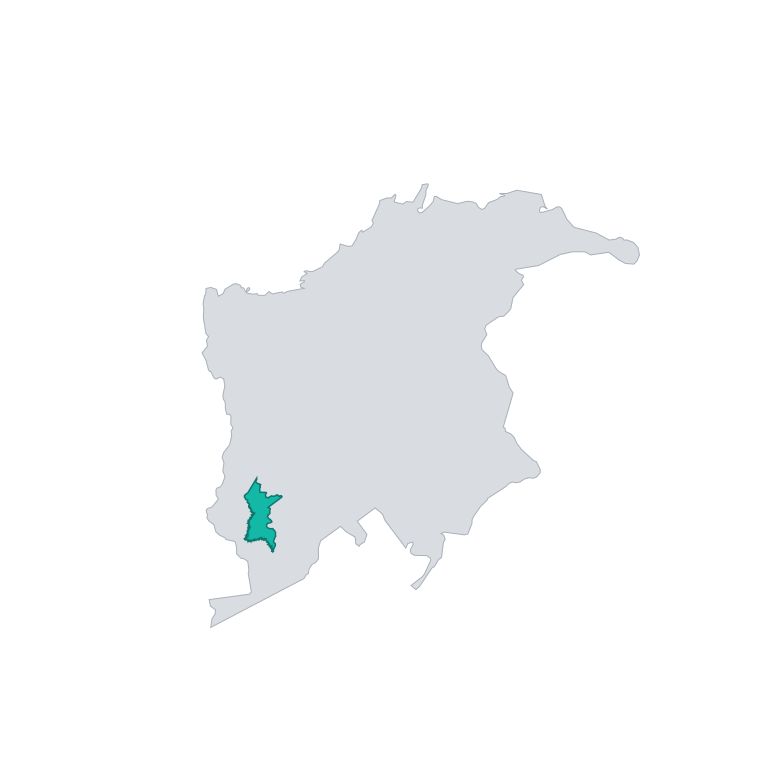 location of Santander (Araracuara), Amazonas, Colombia, rotated 53°
{"feature_id": "7082276B22108715685729", "entity_name": "Santander (Araracuara)", "entity_type": "district", "adm_level": 2, "iso_a3": "COL", "parent_name": "Colombia", "parent_adm1": "Amazonas", "projection": "robinson", "projection_center": [-71.884, -1.077], "detail": "fine", "context": "in_parent", "style": "filled", "palette": "teal", "viewbox_px": 768, "rotation_deg": 53, "n_neighbors": 0, "source": "geoboundaries", "source_scale": "gbopen_adm2", "svg_char_len": 9675}
<svg xmlns="http://www.w3.org/2000/svg" viewBox="0 0 768 768"><g transform="rotate(53 384 384)"><path d="M433.1,118.6L426.6,121.6L414.0,125.3L405.3,141.3L399.3,144.1L392.0,153.6L386.6,165.4L382.4,189.4L371.6,209.8L372.5,210.7L376.8,209.8L380.9,207.5L382.3,208.2L383.8,211.8L388.7,212.7L392.7,229.1L400.2,237.5L401.0,240.8L401.9,247.6L399.3,251.8L398.5,266.9L400.8,270.6L406.4,272.1L410.2,281.5L412.5,283.7L415.9,285.1L424.1,283.7L438.9,285.2L442.4,285.0L450.7,281.7L461.3,285.7L469.0,286.4L490.2,314.7L492.3,313.9L495.0,315.6L500.4,312.7L505.0,312.2L511.0,313.6L519.0,313.6L535.1,310.7L537.5,309.1L546.3,310.7L548.9,312.8L550.1,318.1L549.1,321.4L546.1,324.7L544.4,328.9L544.1,334.1L542.5,337.9L539.7,340.3L538.6,343.9L539.2,348.6L537.7,370.0L538.9,371.8L539.9,380.6L543.6,392.0L545.4,395.3L548.5,397.9L554.2,407.3L552.9,410.5L538.4,425.2L537.7,428.6L540.4,427.2L544.9,428.6L546.4,432.1L557.2,442.4L557.1,446.3L560.2,454.0L559.6,455.7L567.1,477.7L567.4,482.3L561.2,483.6L560.9,468.9L560.0,465.9L553.0,452.8L551.5,451.7L546.8,453.2L539.0,462.9L535.4,464.3L532.4,463.0L529.5,457.2L527.6,456.2L525.7,461.0L528.1,465.3L493.6,465.3L486.9,463.5L477.6,465.7L477.5,487.9L493.9,488.2L498.3,494.6L497.9,499.7L498.6,501.6L494.7,502.7L489.0,499.2L478.9,503.3L471.5,504.3L471.0,528.9L475.4,535.0L484.1,541.5L485.4,546.0L484.8,550.2L486.9,555.5L489.7,558.3L489.7,561.4L491.2,565.0L474.1,668.9L468.0,662.6L465.8,656.9L462.8,654.5L457.0,656.3L450.9,653.4L470.8,618.1L470.2,615.0L453.5,606.4L451.8,604.2L443.8,599.6L439.5,600.9L436.9,603.2L430.9,603.9L426.0,600.2L420.2,597.7L413.2,603.7L411.1,603.6L406.1,606.2L400.8,607.2L393.8,604.5L388.2,606.3L384.3,606.0L382.8,604.1L377.8,602.0L377.3,599.6L378.7,595.3L376.6,586.7L375.7,585.2L372.0,585.1L367.5,582.0L366.6,580.1L367.6,576.6L366.8,573.7L362.4,566.8L356.4,565.0L350.7,559.3L344.9,557.3L342.2,553.2L339.7,544.0L333.7,536.8L329.5,534.3L328.1,531.0L323.7,530.5L317.9,525.8L315.3,525.5L313.5,527.8L308.1,525.4L303.4,522.0L298.6,521.1L295.5,518.9L289.8,512.3L283.7,509.1L280.2,510.3L279.0,515.2L277.0,516.1L269.9,514.8L268.7,515.8L266.9,515.6L258.3,512.0L249.7,510.6L247.6,502.3L242.1,499.4L240.5,495.5L236.7,495.9L222.1,488.3L216.1,483.1L211.0,480.2L205.6,474.4L204.7,472.0L200.6,468.6L202.7,464.2L207.6,460.9L214.2,463.5L215.0,458.3L212.6,453.8L213.7,443.5L215.5,441.2L219.0,439.2L221.3,440.0L222.7,438.3L228.0,439.0L229.6,438.3L233.7,434.2L235.4,430.9L237.3,431.2L241.6,425.7L240.9,420.2L244.9,418.9L249.2,409.9L251.1,409.6L252.0,405.3L259.5,390.3L256.8,392.1L253.9,391.0L254.4,386.0L253.5,385.4L251.1,389.2L249.0,385.3L249.5,378.9L246.2,380.1L246.3,378.6L251.2,373.7L253.3,362.7L251.7,358.7L250.7,342.1L249.8,338.9L245.8,334.8L252.2,330.1L254.5,326.5L251.6,319.1L247.9,312.9L247.8,309.2L250.0,309.6L250.9,299.3L248.8,295.4L246.2,295.3L237.9,280.1L235.0,276.9L237.2,269.7L239.8,266.4L239.2,260.9L240.9,261.2L244.5,266.2L245.9,265.4L251.6,260.7L251.8,256.2L256.3,251.5L250.0,236.0L247.8,233.6L250.4,228.6L251.9,228.8L254.4,233.7L258.3,236.9L264.1,245.6L266.7,247.5L264.8,249.5L264.5,251.5L265.3,252.7L268.6,252.9L270.0,250.5L269.1,240.0L267.7,234.7L264.6,231.0L265.6,229.4L271.6,226.9L284.1,216.8L288.3,207.3L291.6,203.9L295.3,201.7L299.8,202.2L303.3,201.0L304.3,198.0L302.1,191.5L304.7,182.5L304.6,177.9L306.4,175.2L305.8,174.1L301.2,177.3L305.9,171.0L309.2,161.3L327.3,144.3L339.0,148.4L342.7,148.2L337.9,150.3L337.1,152.7L338.8,155.3L340.6,156.1L342.1,154.4L346.1,144.4L346.7,139.0L348.4,137.1L350.9,136.4L362.4,138.8L373.3,137.9L391.1,123.7L404.5,117.6L407.8,111.8L408.6,107.4L411.1,105.7L413.6,105.7L415.1,103.3L421.3,99.5L427.9,99.1L434.8,102.4L438.1,108.2L438.6,112.3L433.1,118.6ZM228.2,437.2L227.4,438.0L225.8,436.6L225.3,434.9L226.2,433.6L227.5,434.1L228.2,437.2Z" fill="#d9dde1" stroke="#a8b0b8" stroke-width="1"/><path d="M451.1,573.0L449.5,571.9L448.6,570.3L448.2,569.0L447.6,568.0L446.5,567.1L445.8,566.9L444.1,567.4L443.0,566.8L441.5,564.3L440.8,563.4L440.4,562.1L439.0,561.4L437.5,560.1L435.6,559.7L432.5,559.9L431.1,562.0L430.4,562.5L428.6,563.6L427.1,563.5L426.0,562.7L425.4,561.0L425.4,560.4L426.6,557.8L426.6,556.5L425.3,556.2L423.4,556.5L422.6,556.9L420.4,557.2L419.6,556.7L419.3,555.7L418.9,555.8L418.6,555.5L418.9,553.8L418.6,552.9L416.3,551.5L415.5,550.1L414.7,549.9L414.3,550.0L412.8,550.9L412.8,533.6L412.3,533.2L411.4,533.3L411.3,533.8L410.8,534.2L410.9,535.1L410.5,535.2L410.3,535.6L409.9,535.4L409.3,535.5L408.4,536.0L408.3,536.3L408.1,536.3L407.9,537.2L408.2,537.6L407.8,538.2L407.5,539.3L406.6,540.5L405.7,541.0L405.2,544.1L405.4,544.8L404.7,545.4L404.1,545.7L403.9,546.1L403.4,546.4L402.0,545.9L401.5,545.4L400.8,545.1L400.3,544.5L400.5,544.0L400.4,543.5L399.9,543.3L398.5,544.7L397.2,546.6L396.5,547.1L396.0,548.2L395.7,548.2L394.6,547.6L392.3,545.8L392.2,545.2L391.7,545.0L391.1,544.2L390.3,543.9L390.1,543.1L389.6,543.3L389.2,543.9L388.5,543.9L388.1,544.6L387.6,544.6L386.4,545.2L385.0,545.2L384.4,544.8L383.7,543.2L382.6,542.4L389.1,558.5L388.8,559.1L389.0,560.3L388.8,560.9L389.1,561.5L389.0,562.2L389.2,562.7L390.4,563.5L391.0,563.6L391.5,563.4L392.5,563.9L393.1,563.8L393.4,563.4L393.6,563.5L394.7,562.8L394.9,562.9L394.9,563.2L395.2,563.4L395.4,563.7L395.7,563.7L396.2,564.3L396.5,564.1L396.8,564.4L397.4,563.9L397.8,564.0L398.3,563.7L398.7,563.9L398.8,563.7L399.4,564.2L399.5,564.1L399.7,564.3L399.6,564.6L399.6,564.8L399.9,564.9L399.7,565.1L400.3,565.6L400.4,565.3L400.7,565.7L401.2,565.5L401.6,565.6L401.8,565.4L401.8,565.7L402.0,565.5L402.3,565.8L402.4,565.4L403.1,565.4L403.3,565.4L403.1,565.6L403.4,565.8L403.9,565.5L404.2,565.7L404.7,565.4L404.8,565.6L404.6,565.8L404.9,565.8L404.9,566.2L405.3,566.3L405.5,566.7L405.8,566.6L405.7,566.9L406.0,566.8L406.0,567.2L406.1,566.9L406.4,566.9L406.4,567.2L406.4,566.8L406.7,567.0L406.9,566.5L406.6,566.1L406.8,566.0L407.2,565.9L407.4,566.2L407.3,565.9L407.7,565.8L407.9,566.3L408.3,565.7L408.5,565.9L408.6,565.4L408.9,565.5L408.9,565.9L409.1,565.9L409.1,565.7L409.3,565.4L409.4,565.9L409.5,565.7L409.8,565.9L409.7,566.1L409.8,566.6L409.4,566.4L409.7,566.7L409.6,567.0L409.4,566.7L409.2,566.8L409.4,567.1L409.3,567.3L409.0,567.1L409.1,567.4L409.0,567.8L409.3,567.6L409.5,567.7L409.3,568.0L409.1,568.0L408.9,568.3L409.2,568.3L409.3,568.7L409.7,568.6L409.5,569.1L409.7,568.9L409.8,568.6L410.0,568.8L410.1,568.6L410.3,568.7L410.1,568.9L410.4,568.9L410.5,569.1L410.1,569.1L410.3,569.4L410.6,569.5L410.5,569.8L410.7,570.0L410.3,570.3L410.3,570.5L410.2,570.6L410.3,570.8L410.7,570.9L410.5,571.1L410.8,571.1L410.7,571.4L410.8,571.6L411.0,571.5L411.4,571.6L411.0,572.0L411.3,572.2L411.1,572.4L411.4,572.5L411.4,572.9L411.2,573.3L411.4,573.8L411.2,574.4L412.0,574.3L412.0,574.7L411.8,574.8L411.9,575.0L412.3,574.8L412.5,574.5L412.6,574.8L412.7,574.6L412.7,574.9L412.9,574.8L412.9,575.2L413.3,575.7L412.9,576.1L413.0,576.5L413.2,576.2L413.9,575.8L413.9,576.1L414.2,575.9L414.4,576.2L414.5,576.0L415.0,576.2L414.9,576.6L415.0,576.8L415.6,576.6L415.6,577.2L415.3,577.2L415.4,577.5L416.1,577.3L416.1,577.5L416.4,577.4L416.4,577.0L416.5,577.5L416.7,577.1L417.0,577.0L417.0,577.3L417.3,577.3L417.3,577.6L417.5,577.1L417.7,577.5L417.2,577.9L417.5,578.1L417.3,578.5L417.7,578.3L417.5,578.8L417.8,579.0L418.3,578.7L418.3,579.1L418.1,579.1L417.9,579.5L418.2,579.5L418.3,579.2L418.7,579.4L418.6,579.9L418.9,580.0L418.7,580.1L418.7,580.9L419.0,580.8L418.9,581.2L419.2,581.3L418.9,581.4L419.4,581.3L419.6,581.8L419.9,581.7L419.9,582.0L419.6,582.2L420.4,582.1L420.5,581.9L420.7,582.2L420.9,582.4L420.8,582.6L421.0,583.1L421.2,582.8L421.6,582.8L421.5,583.8L421.7,584.3L422.0,584.1L421.9,584.5L422.3,584.1L422.2,584.5L422.4,584.7L422.6,584.6L422.4,584.9L423.1,584.9L422.6,585.2L422.6,585.4L422.3,585.3L422.7,586.1L423.0,586.1L423.2,586.3L423.3,587.0L423.6,586.8L423.4,587.4L423.7,587.1L423.9,587.4L423.7,587.5L423.8,587.7L424.0,587.6L423.9,587.8L424.1,587.7L424.1,587.9L424.3,587.8L424.4,588.1L424.1,588.0L424.1,588.4L424.6,588.4L424.6,588.7L425.3,588.3L425.0,588.1L425.6,587.6L425.3,587.2L425.4,586.8L425.8,586.9L426.0,587.1L426.3,587.0L426.3,587.4L426.4,587.0L426.9,587.2L426.6,586.9L426.8,586.7L427.1,586.9L427.1,586.4L427.4,586.6L427.3,586.9L427.6,586.5L427.9,586.8L427.8,586.3L428.1,586.2L427.9,586.0L428.2,585.9L428.4,586.2L428.5,585.7L428.3,585.6L429.0,585.5L428.5,585.3L428.3,584.9L428.7,584.8L428.8,584.5L429.0,584.4L429.3,584.3L429.1,584.2L429.3,584.0L429.5,584.4L429.5,583.8L429.8,583.8L429.7,584.2L429.8,584.2L430.1,583.1L429.9,582.7L429.6,582.5L429.7,582.0L430.3,581.7L430.8,581.9L430.7,581.4L430.4,581.1L430.9,581.1L430.7,580.7L430.5,580.9L430.5,580.4L431.3,580.5L431.4,580.2L431.7,580.2L431.5,579.7L431.8,579.6L432.0,579.3L431.8,578.2L432.1,578.0L432.0,577.6L432.3,577.4L432.1,577.0L432.3,577.0L433.1,577.9L433.3,577.7L433.1,577.2L433.3,576.6L432.5,576.4L432.3,576.2L432.3,575.9L432.5,575.8L432.9,575.8L433.1,576.2L433.3,576.1L433.2,575.4L432.7,575.0L432.6,574.2L433.0,574.1L433.7,574.3L434.7,573.8L434.9,574.2L434.9,574.4L434.5,575.1L434.8,575.3L435.6,574.0L436.6,574.0L436.7,573.8L436.5,573.0L435.6,572.8L436.6,571.9L436.0,572.1L435.8,571.9L437.0,571.4L437.4,572.2L438.4,572.5L438.8,572.4L439.3,571.8L439.8,571.9L440.0,572.4L440.1,572.2L439.9,571.8L440.5,571.6L440.7,572.3L440.9,572.4L441.1,572.3L440.9,571.8L441.7,572.0L442.0,571.8L442.2,572.2L442.4,572.2L442.6,572.5L442.4,573.3L442.9,573.1L443.0,572.1L443.2,571.9L443.8,572.3L444.1,572.4L444.1,572.8L444.5,572.8L444.9,573.3L445.1,573.0L445.5,572.9L445.2,572.5L445.2,571.9L446.1,572.1L446.1,571.5L446.4,571.9L446.3,572.7L446.6,572.8L447.0,572.5L447.1,573.1L447.4,572.9L447.3,572.5L447.7,572.3L447.9,572.3L448.1,572.8L448.4,572.5L448.7,572.8L449.0,572.4L448.9,573.2L449.7,573.1L449.7,574.1L450.0,574.4L450.6,573.5L451.0,573.7L450.9,573.2L451.1,573.0Z" fill="#14b8a6" stroke="#0f766e" stroke-width="1.5"/></g></svg>